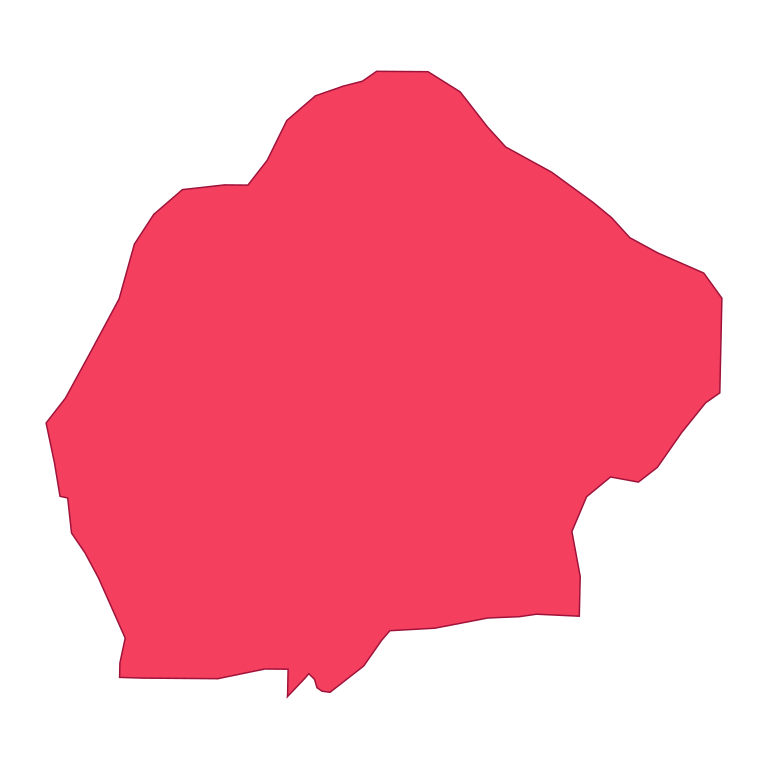 the district of Hongwon, Hamgyŏng-namdo, North Korea
{"feature_id": "82179303B34267251323335", "entity_name": "Hongwon", "entity_type": "district", "adm_level": 2, "iso_a3": "PRK", "parent_name": "North Korea", "parent_adm1": "Hamgyŏng-namdo", "projection": "natural_earth1", "projection_center": [127.938, 40.143], "detail": "fine", "context": "isolated", "style": "filled", "palette": "rose", "viewbox_px": 768, "rotation_deg": 0, "n_neighbors": 0, "source": "geoboundaries", "source_scale": "gbopen_adm2", "svg_char_len": 969}
<svg xmlns="http://www.w3.org/2000/svg" viewBox="0 0 768 768"><path d="M119.6,677.4L142.9,678.1L157.0,678.2L180.4,678.4L217.8,678.7L264.8,669.0L288.1,669.2L287.6,694.1L287.4,696.7L304.3,678.9L308.8,673.7L314.5,679.3L317.0,687.7L322.0,691.2L330.0,692.3L363.7,666.0L381.7,640.2L389.9,630.7L434.8,628.2L487.6,618.0L519.3,616.7L536.5,614.2L579.3,616.2L580.2,576.5L571.9,531.5L586.6,496.7L610.5,477.0L638.4,482.1L657.4,467.3L681.6,432.6L705.6,402.8L719.8,392.9L720.8,348.1L721.9,298.2L703.8,273.1L657.5,252.8L629.8,237.7L611.5,217.6L593.2,202.5L565.6,182.4L551.8,172.3L533.4,162.2L505.7,147.0L487.5,127.0L460.2,91.9L428.0,71.7L376.6,71.3L362.4,81.2L343.6,86.0L315.4,95.8L286.8,120.5L267.2,160.3L247.9,185.1L224.5,184.9L182.4,189.6L153.8,214.3L134.4,244.1L119.1,298.9L89.8,353.5L65.4,398.2L46.1,423.0L54.5,463.0L60.0,496.3L67.7,498.0L71.5,533.0L85.1,553.0L98.5,578.0L111.9,608.1L125.2,638.1L119.9,663.0L119.6,677.4Z" fill="#f43f5e" stroke="#9f1239" stroke-width="1.5"/></svg>